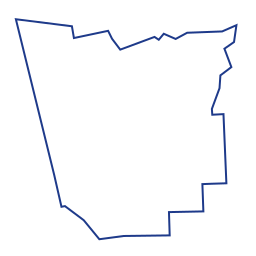 outline of St. James, Louisiana, United States of America, rotated 269°
{"feature_id": "52423323B72947560407101", "entity_name": "St. James", "entity_type": "district", "adm_level": 2, "iso_a3": "USA", "parent_name": "United States of America", "parent_adm1": "Louisiana", "projection": "mercator", "projection_center": [-90.779, 30.028], "detail": "fine", "context": "isolated", "style": "outline", "palette": "blue", "viewbox_px": 256, "rotation_deg": 269, "n_neighbors": 0, "source": "geoboundaries", "source_scale": "gbopen_adm2", "svg_char_len": 563}
<svg xmlns="http://www.w3.org/2000/svg" viewBox="0 0 256 256"><g transform="rotate(269 128 128)"><path d="M17.3,97.4L20.1,121.9L19.9,167.8L43.2,167.5L43.3,201.9L70.6,201.4L70.8,210.8L71.0,225.4L140.2,223.7L139.8,212.5L145.6,212.2L166.2,220.2L179.0,221.3L187.1,232.4L205.6,225.8L212.1,235.5L228.9,238.2L222.9,223.8L222.2,188.8L216.2,177.2L221.6,165.4L215.7,160.3L218.6,156.1L206.5,121.6L217.5,113.6L225.5,109.8L218.9,75.5L230.7,73.7L238.7,17.8L193.4,28.1L82.3,53.4L50.4,60.1L51.0,63.6L36.6,82.1L17.3,97.4Z" fill="none" stroke="#1e3a8a" stroke-width="2"/></g></svg>